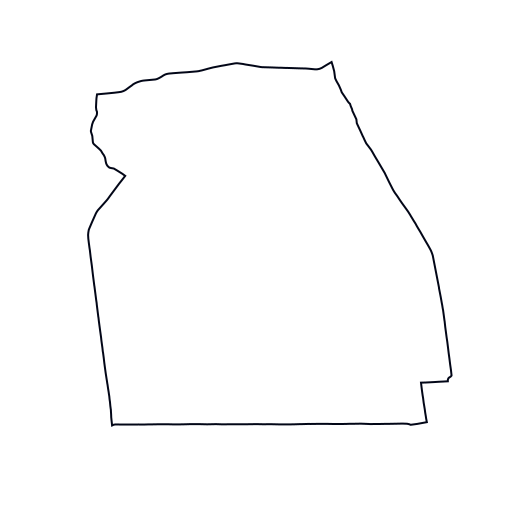 outline of Benito Juárez, Distrito Federal, Mexico, rotated 79°
{"feature_id": "50627088B57941954628474", "entity_name": "Benito Juárez", "entity_type": "district", "adm_level": 2, "iso_a3": "MEX", "parent_name": "Mexico", "parent_adm1": "Distrito Federal", "projection": "robinson", "projection_center": [-99.164, 19.38], "detail": "fine", "context": "isolated", "style": "outline", "palette": "ink", "viewbox_px": 512, "rotation_deg": 79, "n_neighbors": 0, "source": "geoboundaries", "source_scale": "gbopen_adm2", "svg_char_len": 4527}
<svg xmlns="http://www.w3.org/2000/svg" viewBox="0 0 512 512"><g transform="rotate(79 256 256)"><path d="M80.0,144.8L82.2,151.0L82.4,151.5L83.1,153.4L83.9,155.5L84.1,156.4L84.2,157.1L84.4,157.8L84.4,159.2L84.4,160.6L84.1,162.2L82.2,168.6L81.5,171.1L80.1,177.5L78.3,185.3L77.3,189.7L77.2,190.4L76.1,195.0L75.2,199.2L75.0,200.0L74.0,204.2L72.9,209.1L71.8,214.0L71.4,215.3L68.6,222.6L67.6,225.4L66.0,229.8L65.5,231.0L65.0,232.2L63.3,237.3L63.2,237.7L63.1,238.1L62.9,239.9L62.8,247.6L62.8,249.7L62.7,253.5L62.7,257.0L62.7,262.3L63.0,267.5L63.1,268.5L63.5,273.9L63.5,275.2L63.6,276.8L63.5,278.7L62.6,287.1L62.5,288.2L61.7,294.3L60.8,302.0L60.3,306.8L60.3,308.2L60.3,308.8L60.4,309.7L60.5,310.5L61.1,312.5L61.7,313.9L62.3,315.5L62.9,317.4L63.2,318.6L63.4,319.5L63.5,321.1L63.4,322.1L62.8,328.2L62.4,332.2L62.3,333.5L62.3,335.3L62.5,337.2L62.7,338.8L62.9,340.0L63.3,341.6L63.5,342.3L64.1,344.0L64.8,345.2L66.1,348.1L67.5,351.0L68.1,352.3L68.5,353.5L68.8,354.7L68.9,355.4L69.0,356.2L69.1,356.9L69.0,359.5L68.7,363.8L68.0,371.3L67.0,381.2L70.7,382.5L73.0,383.1L79.5,384.7L82.4,384.9L83.9,384.6L84.8,384.7L85.4,384.8L86.0,385.0L86.7,385.2L87.7,385.7L93.1,390.3L94.5,391.1L95.5,391.7L101.6,394.2L102.5,394.3L103.5,394.2L105.9,393.9L107.0,393.8L113.1,394.4L114.2,394.3L115.3,393.8L120.8,389.6L123.0,388.1L126.1,387.0L128.0,386.1L130.3,385.5L131.7,385.4L134.4,385.5L136.6,385.4L137.9,385.1L139.2,384.6L140.5,383.7L141.3,383.0L142.0,381.5L143.0,378.9L145.5,376.1L148.3,373.1L149.8,371.5L152.4,369.1L155.9,373.1L158.9,376.6L169.2,387.9L171.2,390.0L172.1,391.0L173.0,392.1L178.2,398.9L180.9,402.5L182.2,403.8L183.6,405.0L191.0,410.2L196.6,414.0L198.3,415.1L199.3,415.5L200.9,416.1L203.3,416.8L207.0,417.3L211.2,417.6L216.2,417.9L219.0,418.0L220.1,418.1L225.3,418.5L234.2,419.0L243.5,419.7L254.3,420.4L255.0,420.4L262.9,420.9L269.0,421.3L271.6,421.4L273.7,421.6L278.1,421.9L284.1,422.3L285.4,422.4L285.9,422.4L286.4,422.4L290.2,422.7L300.4,423.3L302.4,423.4L306.1,423.6L309.6,423.9L316.9,424.3L320.5,424.6L321.8,424.6L326.8,424.9L329.4,425.1L331.9,425.3L336.9,425.6L342.3,425.9L347.5,426.1L350.7,426.2L352.8,426.3L354.1,426.3L358.0,426.5L361.4,426.6L363.2,426.7L365.8,426.8L367.9,427.0L369.1,427.1L371.4,427.2L375.3,427.6L378.6,427.8L379.2,427.8L381.2,428.1L384.3,428.5L386.7,428.9L387.9,429.0L388.9,429.1L394.9,429.6L394.5,428.0L394.5,426.3L396.0,419.1L397.7,410.3L399.0,403.4L400.0,398.6L400.8,393.6L401.7,388.8L402.5,384.2L403.3,380.2L404.2,375.3L405.2,370.8L406.1,366.4L406.9,362.1L407.7,357.5L408.3,353.8L409.4,347.9L410.3,343.4L411.9,336.1L413.4,327.4L414.8,321.3L416.5,312.1L417.9,304.9L419.4,297.4L419.8,294.8L420.7,290.0L421.1,287.7L422.7,280.3L423.7,274.6L425.8,265.0L427.7,255.3L428.6,250.1L429.4,245.1L429.7,243.6L430.1,241.1L430.9,236.3L431.3,234.5L432.7,226.7L433.0,225.3L434.5,217.4L434.6,217.1L434.9,215.7L435.7,212.0L436.0,210.6L437.2,204.4L438.3,198.0L438.5,196.5L439.4,191.8L440.1,187.9L440.4,186.1L440.7,184.6L442.4,177.4L442.7,176.3L444.3,167.6L444.6,166.3L444.7,165.4L445.7,159.8L445.9,158.9L447.0,152.6L447.2,151.5L448.3,145.1L448.6,143.6L449.5,139.7L450.3,137.8L451.2,136.4L451.6,129.7L451.7,120.0L448.0,120.0L445.9,119.9L442.1,119.8L438.9,119.6L435.7,119.5L431.9,119.4L427.6,119.1L424.1,119.0L420.4,118.8L417.4,118.6L411.8,118.2L412.6,113.4L413.7,105.5L414.1,102.4L414.3,100.8L415.6,91.6L414.9,91.5L413.7,91.1L412.8,90.5L412.2,89.7L411.9,88.8L411.5,87.9L410.8,87.0L410.4,86.8L408.9,86.7L405.3,86.4L399.3,86.1L393.5,85.7L388.1,85.4L382.6,85.0L376.7,84.6L372.0,84.4L367.1,84.1L362.0,83.8L356.0,83.3L355.3,83.3L350.2,83.0L345.0,82.7L343.0,82.7L339.5,82.6L338.7,82.6L337.7,82.6L331.5,82.5L328.5,82.5L322.5,82.5L321.9,82.4L318.5,82.4L314.4,82.4L309.9,82.4L295.3,82.4L290.4,82.4L289.3,82.4L287.0,82.7L285.3,83.0L283.9,83.3L280.4,84.4L277.7,85.3L275.2,86.2L272.3,87.2L267.9,88.7L263.7,90.1L261.0,91.1L260.2,91.4L257.4,92.4L254.5,93.3L251.2,94.6L248.7,95.5L246.6,96.3L245.1,96.8L241.5,98.2L238.2,99.7L235.4,101.0L232.2,102.5L228.3,104.2L224.4,105.8L220.3,107.7L217.6,108.7L215.3,109.4L214.2,109.7L208.6,111.3L200.3,113.5L199.1,113.8L187.5,117.9L182.0,119.9L180.3,120.5L176.4,121.8L175.8,122.0L173.4,122.9L173.0,123.1L166.5,126.3L163.2,127.2L159.4,128.1L158.9,128.3L152.5,129.8L149.4,130.6L144.9,131.7L141.0,131.4L137.0,132.4L131.8,133.7L130.2,133.7L127.0,134.4L124.5,134.7L123.6,135.4L122.2,136.2L116.1,138.7L111.7,140.6L110.4,140.8L109.0,141.0L104.6,142.0L103.9,142.2L99.8,143.6L97.1,144.3L96.4,144.4L89.6,144.0L89.3,144.0L87.9,144.1L83.5,144.4L82.8,144.5L80.0,144.8Z" fill="none" stroke="#020617" stroke-width="2"/></g></svg>